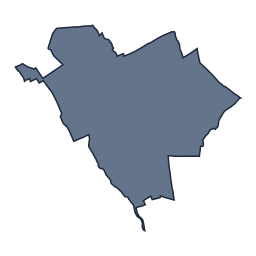 Muntenii De Jos, Vaslui, Romania (Albers equal-area conic projection)
{"feature_id": "2599482B60230314306463", "entity_name": "Muntenii De Jos", "entity_type": "district", "adm_level": 2, "iso_a3": "ROU", "parent_name": "Romania", "parent_adm1": "Vaslui", "projection": "albers", "projection_center": [27.801, 46.588], "detail": "fine", "context": "isolated", "style": "filled", "palette": "slate", "viewbox_px": 256, "rotation_deg": 0, "n_neighbors": 0, "source": "geoboundaries", "source_scale": "gbopen_adm2", "svg_char_len": 5650}
<svg xmlns="http://www.w3.org/2000/svg" viewBox="0 0 256 256"><path d="M144.1,230.5L144.8,230.7L144.6,229.7L144.0,226.1L143.8,224.6L142.9,220.6L142.6,219.8L142.0,218.9L140.2,217.4L139.5,216.7L138.8,215.8L138.4,215.1L137.9,214.2L137.5,213.5L137.3,212.8L136.8,211.6L136.7,210.7L136.3,209.2L135.9,208.0L137.6,207.1L141.7,206.1L145.3,204.7L144.4,202.7L143.5,200.6L150.7,196.1L152.2,199.6L156.8,198.5L159.1,197.9L160.2,197.6L160.4,197.3L160.5,197.0L160.6,196.7L160.4,195.9L164.4,197.3L168.1,198.3L172.5,199.6L174.1,200.0L173.9,198.6L172.8,190.9L172.6,190.0L172.2,188.9L172.0,187.4L171.5,183.9L170.9,180.5L170.5,176.8L170.2,173.6L169.9,172.2L169.4,169.0L169.1,165.8L168.6,162.9L168.6,160.4L168.4,159.5L168.2,155.8L172.8,155.9L173.3,156.2L175.2,156.3L190.2,156.2L199.4,156.3L199.6,153.5L199.8,152.4L200.2,150.2L200.5,146.4L200.6,146.2L202.6,146.3L203.0,146.2L203.2,145.4L203.4,144.7L203.4,143.8L203.4,143.4L203.2,142.6L203.0,141.8L202.9,141.0L202.8,140.4L202.8,140.1L202.9,139.7L203.1,139.4L204.0,138.3L204.9,137.0L206.1,135.4L206.3,135.2L207.6,134.1L208.0,133.6L209.4,131.4L209.8,130.7L210.1,130.0L210.4,129.7L212.3,129.1L213.3,128.5L213.7,128.3L214.0,128.4L215.2,129.3L215.4,129.3L215.9,128.7L217.8,126.6L218.1,126.1L218.2,124.7L218.8,120.7L219.5,119.4L220.1,118.3L221.6,115.8L222.1,115.1L222.6,114.0L223.1,113.2L223.4,112.7L224.4,111.5L225.3,110.6L228.0,108.7L231.1,106.7L234.1,104.3L235.3,103.2L236.1,102.0L238.6,99.5L239.3,98.6L239.7,98.2L240.6,98.0L239.8,97.6L239.3,97.1L239.0,96.8L237.7,96.0L237.4,95.5L234.3,93.7L228.6,89.1L225.0,86.4L224.8,86.5L224.5,86.5L224.1,86.3L223.4,86.3L223.2,86.0L222.9,85.9L222.8,85.4L222.5,85.0L221.6,84.2L219.9,82.9L219.3,82.5L218.1,81.2L215.5,78.4L212.9,75.5L211.1,73.6L209.1,71.6L204.8,67.4L204.2,66.7L203.3,66.0L202.2,65.0L201.2,64.0L200.8,63.7L200.3,63.2L199.9,62.7L199.8,62.4L199.6,61.2L198.8,58.1L198.6,57.0L198.5,56.0L198.3,55.0L198.0,54.0L197.6,51.8L197.4,50.5L197.2,48.6L196.1,49.3L193.2,51.4L191.5,52.5L190.1,53.5L187.7,54.9L186.3,55.8L183.6,57.3L182.9,57.8L182.6,56.2L182.2,54.6L181.9,53.8L181.4,52.2L180.1,49.6L179.9,49.1L179.8,47.3L179.5,44.9L179.1,43.5L178.5,42.4L178.1,41.4L176.9,40.0L175.4,36.0L175.2,33.8L175.0,33.0L174.7,32.4L174.2,31.7L173.9,31.7L172.9,31.8L172.2,31.8L171.5,31.8L171.3,31.9L170.8,32.3L170.4,32.3L170.2,32.5L164.2,35.0L159.3,37.5L157.3,38.6L151.1,42.4L149.4,43.2L149.1,43.1L147.1,44.2L145.4,45.3L140.4,48.3L137.1,50.2L136.0,50.9L131.9,52.8L131.7,53.1L130.8,53.5L130.5,53.5L130.2,53.6L127.1,55.0L126.8,55.1L125.6,55.6L124.4,56.1L124.1,56.2L124.1,55.8L124.0,55.3L123.6,54.2L123.3,53.6L122.7,54.0L121.8,54.3L121.1,54.5L120.3,54.8L119.5,55.2L118.6,55.5L117.1,56.2L117.0,55.5L116.6,54.3L116.1,53.6L115.6,52.6L115.0,52.1L114.5,51.8L114.2,51.6L114.0,51.4L113.5,51.0L112.3,49.5L113.5,48.2L112.7,46.8L112.5,46.6L112.4,46.5L112.4,46.4L112.4,46.2L112.1,45.2L111.9,44.6L111.6,43.5L111.4,43.2L111.2,43.0L110.9,42.5L110.2,42.4L109.7,40.8L109.2,40.2L108.8,39.9L108.2,39.5L106.2,39.1L104.8,38.5L104.1,38.0L103.5,36.3L102.3,33.7L101.9,32.9L101.6,33.3L100.4,34.6L100.0,34.9L99.2,35.6L98.8,34.2L98.7,33.8L98.5,33.2L98.2,33.0L98.0,32.2L97.6,31.3L96.1,29.2L95.7,29.0L94.7,28.1L94.5,27.6L93.2,26.1L92.4,25.3L92.0,25.8L88.9,26.0L88.4,25.9L87.3,26.0L86.9,26.0L85.1,26.0L83.1,26.3L82.2,26.3L78.9,26.9L76.8,26.8L72.9,27.1L66.5,27.6L65.6,27.7L64.4,27.7L58.3,28.2L56.8,28.4L55.6,29.4L53.5,32.4L52.4,34.2L52.4,34.5L52.1,35.3L51.5,37.2L50.6,40.0L50.5,40.3L50.2,41.3L49.9,42.4L49.6,43.4L48.7,46.1L48.4,47.0L48.1,48.1L48.1,48.5L48.4,48.8L48.9,49.1L49.6,49.5L49.9,49.6L50.3,49.6L50.7,49.7L51.8,51.8L52.8,54.1L53.9,56.0L55.7,57.7L59.4,61.3L61.4,63.3L62.0,63.9L62.7,64.6L62.9,64.9L61.7,65.6L55.5,69.8L50.3,73.4L44.8,77.1L42.7,78.3L35.8,67.9L34.2,68.9L34.0,69.2L33.5,68.8L32.5,68.3L31.9,68.2L29.3,67.5L28.1,67.1L27.0,66.4L25.4,65.5L24.8,65.0L24.3,65.0L22.9,63.8L22.2,63.8L20.4,64.9L18.1,65.9L15.4,66.9L15.6,67.4L16.2,68.4L17.6,70.3L17.9,70.7L18.2,71.0L18.6,71.2L18.9,71.3L19.1,71.5L20.0,72.6L20.5,73.5L21.2,74.5L22.0,75.5L23.4,77.6L23.7,78.2L23.9,78.9L24.3,80.4L24.5,81.3L26.0,80.0L26.2,79.9L26.3,79.8L26.5,79.8L27.6,79.6L27.7,79.3L29.8,78.6L30.5,81.5L36.6,78.6L37.3,79.9L38.5,82.0L39.2,83.0L43.2,80.8L45.1,83.1L46.4,85.0L47.5,86.4L48.7,88.2L50.4,90.2L51.4,91.5L52.0,92.3L56.9,102.1L57.8,104.2L59.4,107.9L61.5,112.9L61.7,113.5L61.4,113.8L61.3,115.2L60.3,116.4L60.3,116.7L60.6,117.4L61.2,118.7L62.1,121.0L63.0,122.8L63.5,123.6L63.9,124.1L65.5,125.5L66.1,126.3L66.6,126.0L68.2,129.0L68.3,129.1L68.6,129.5L69.3,131.0L73.8,141.3L75.7,140.5L80.3,138.5L82.7,137.6L88.7,134.7L89.2,136.7L89.5,138.2L89.5,138.8L88.8,144.0L88.7,145.6L88.9,146.8L89.7,148.3L91.6,151.4L92.7,153.2L93.6,155.0L94.3,155.9L94.6,156.9L96.1,159.3L96.4,159.9L96.4,160.4L96.6,161.0L97.3,162.2L98.1,163.2L98.4,164.5L98.2,165.3L98.2,165.7L98.4,166.3L98.9,167.1L99.8,167.9L100.2,168.4L102.0,168.6L102.8,168.9L103.0,169.2L103.7,169.8L104.1,170.4L104.7,171.5L105.1,172.4L105.5,173.3L105.6,174.0L106.4,175.2L107.1,176.0L107.7,176.8L108.7,177.8L109.9,179.5L110.6,180.5L111.0,181.9L111.1,183.2L111.3,183.6L112.2,184.3L113.6,185.6L114.5,186.4L115.1,186.8L116.7,187.6L118.1,188.8L118.7,189.2L120.1,190.7L121.7,192.3L122.8,194.0L123.2,194.5L123.9,195.0L124.2,195.7L124.4,196.2L124.6,196.4L125.1,196.6L125.8,196.8L127.7,197.2L128.1,197.5L128.3,198.0L128.5,198.7L128.7,199.2L129.7,200.1L130.7,201.6L131.3,202.3L133.0,204.6L133.6,205.4L133.8,206.4L134.1,207.9L134.4,209.4L134.7,211.0L135.4,213.1L136.0,214.4L137.0,216.0L138.1,217.3L138.5,217.5L139.2,217.7L140.0,218.4L140.6,219.0L141.0,219.5L141.5,220.7L142.2,222.5L142.4,223.1L142.4,223.8L142.3,224.6L142.3,225.7L142.3,226.7L142.5,228.2L142.7,228.6L144.1,230.5Z" fill="#64748b" stroke="#1e293b" stroke-width="1.5"/></svg>